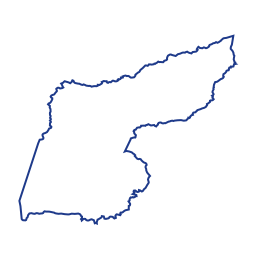 the district of Anastácio, Mato Grosso do Sul, Brazil, rotated 276°
{"feature_id": "56859067B42478140568783", "entity_name": "Anastácio", "entity_type": "district", "adm_level": 2, "iso_a3": "BRA", "parent_name": "Brazil", "parent_adm1": "Mato Grosso do Sul", "projection": "equal_earth", "projection_center": [-55.73, -20.736], "detail": "fine", "context": "isolated", "style": "outline", "palette": "blue", "viewbox_px": 256, "rotation_deg": 276, "n_neighbors": 0, "source": "geoboundaries", "source_scale": "gbopen_adm2", "svg_char_len": 5863}
<svg xmlns="http://www.w3.org/2000/svg" viewBox="0 0 256 256"><g transform="rotate(276 128 128)"><path d="M165.2,56.9L164.3,57.7L162.3,58.7L161.5,59.4L160.8,58.4L160.2,56.3L160.8,55.0L160.7,54.0L160.2,53.3L159.5,52.6L158.7,52.8L157.9,53.3L157.2,53.4L156.6,53.0L155.6,52.2L154.0,51.3L153.4,50.7L153.0,49.5L152.2,48.3L151.1,47.8L150.4,48.3L149.7,49.6L148.7,49.7L146.3,48.8L145.2,48.2L144.6,47.5L144.1,46.5L143.2,46.0L141.8,48.0L140.1,48.0L138.8,48.9L136.1,49.3L135.2,48.8L134.5,48.8L132.7,49.1L131.9,49.8L130.8,49.7L129.9,49.4L128.8,50.4L127.2,49.6L126.6,50.4L125.9,50.7L124.7,49.9L122.2,50.1L121.7,51.2L121.1,51.7L120.2,51.5L119.7,50.7L119.2,49.6L117.3,48.9L115.4,47.8L114.3,46.1L113.8,44.9L113.3,44.2L112.5,43.7L111.5,43.8L109.5,44.9L108.6,44.9L108.0,44.4L107.6,43.5L107.1,41.4L103.4,40.3L44.2,27.6L39.1,29.2L26.4,31.8L25.8,32.3L25.3,33.2L25.4,35.6L25.9,36.3L27.8,36.6L28.7,37.4L31.0,37.8L32.7,38.9L33.2,40.9L32.9,42.7L32.9,44.3L33.5,45.3L33.8,46.2L33.7,47.5L33.4,48.6L33.9,50.4L34.1,51.7L34.6,52.5L35.6,52.9L36.4,53.7L36.3,55.2L36.6,58.6L36.2,62.4L36.1,63.4L35.7,64.2L35.5,65.4L35.4,67.9L35.9,70.5L35.7,74.1L35.8,77.6L36.0,78.6L36.9,81.0L37.0,84.1L37.7,87.5L37.3,89.1L36.8,89.8L35.8,90.3L35.1,91.5L34.3,91.6L33.6,91.4L32.5,90.8L31.9,91.5L31.2,91.7L32.0,92.5L32.8,92.9L33.1,93.9L33.1,95.1L32.3,95.8L31.8,97.0L31.8,98.1L32.3,99.2L33.0,100.2L33.4,101.4L32.7,103.7L29.8,104.9L30.2,105.7L29.8,107.0L30.8,106.8L31.6,106.8L32.8,107.2L33.7,107.3L34.1,108.1L36.0,110.6L36.8,111.2L37.6,111.2L37.6,112.2L37.5,113.2L35.4,114.0L35.3,115.5L36.1,117.9L36.7,118.6L37.5,118.9L38.0,119.6L38.1,120.8L38.0,122.1L37.1,123.1L36.6,123.9L37.3,125.3L38.2,125.1L38.9,124.6L39.8,124.8L40.9,125.6L40.9,126.6L40.5,129.4L41.3,129.8L42.3,129.2L43.1,129.5L43.3,131.0L43.9,131.8L44.8,132.6L45.9,134.0L47.0,137.3L50.6,136.9L51.2,137.9L52.1,138.1L52.9,138.0L55.1,136.2L55.6,136.9L56.3,137.2L57.0,137.0L58.6,137.4L59.3,138.0L59.2,139.0L59.8,140.0L59.5,140.9L60.2,142.1L61.0,142.7L61.1,143.6L62.2,143.3L62.6,141.8L62.6,140.7L62.8,139.7L63.5,140.6L64.5,141.1L65.0,140.3L65.7,140.2L66.4,140.5L66.6,141.7L65.4,143.8L65.5,144.7L66.1,145.7L67.4,145.5L67.2,146.6L66.3,148.4L66.9,149.3L68.9,150.4L70.2,151.7L72.2,152.6L73.0,152.9L75.5,154.2L76.3,154.3L78.7,153.3L80.2,153.5L82.0,154.4L82.6,154.9L85.7,151.7L87.7,150.6L89.1,150.4L90.6,149.6L91.3,149.5L92.2,149.7L93.2,150.4L94.1,150.1L94.9,149.3L95.5,147.1L97.2,144.8L98.2,144.0L98.5,142.9L98.1,141.6L98.4,140.4L100.9,137.6L101.7,138.0L102.6,136.9L103.2,135.6L104.0,134.6L104.3,133.8L104.8,131.4L105.0,128.8L104.3,127.3L116.7,131.7L117.9,131.9L118.8,133.8L119.2,135.0L119.3,136.2L120.0,136.5L120.7,136.4L121.7,136.6L123.2,134.9L124.0,134.6L124.8,134.6L125.4,133.9L126.2,134.2L126.8,134.7L127.1,135.8L129.2,137.0L129.7,138.6L129.7,139.7L130.3,140.1L130.9,140.8L131.6,140.8L132.1,144.0L132.0,145.1L132.9,145.8L133.1,146.8L133.9,147.8L132.9,150.6L133.7,153.7L132.8,154.7L132.5,155.9L133.7,156.6L134.5,157.4L135.4,157.4L136.3,158.0L136.7,158.9L136.9,160.1L136.4,161.1L136.2,162.4L136.6,163.4L136.7,164.7L138.6,167.7L138.9,168.9L139.4,169.6L139.9,171.2L139.7,172.4L140.2,173.5L140.8,176.2L141.4,179.9L141.1,182.6L141.4,184.1L141.8,185.3L142.7,185.8L143.5,186.6L144.6,186.9L144.3,187.9L144.9,188.6L145.8,188.6L147.4,189.9L147.9,191.2L148.5,190.9L149.2,190.9L150.1,191.4L150.4,192.3L150.7,193.5L151.6,194.0L152.3,194.8L153.0,195.1L154.4,198.3L155.1,199.4L156.1,201.8L157.2,203.3L157.9,203.5L158.4,204.0L159.1,204.3L160.1,204.0L160.9,205.2L162.5,206.8L163.7,206.7L164.1,207.4L164.2,208.5L164.7,209.5L165.6,210.2L166.4,209.5L166.9,208.8L168.1,209.1L168.9,208.2L169.6,209.2L170.6,209.6L172.4,208.3L173.4,208.3L175.5,209.1L176.6,208.7L177.5,209.2L178.1,208.9L180.1,209.0L182.8,209.9L183.2,211.5L183.7,212.3L186.3,215.1L186.9,216.3L187.7,217.3L188.9,217.9L189.6,217.2L191.5,217.3L192.7,218.8L194.2,219.8L195.2,220.0L195.7,220.9L195.9,222.0L196.6,222.3L197.3,222.1L198.1,222.2L198.8,222.6L198.8,223.9L199.9,224.0L199.9,225.3L200.2,226.4L202.5,226.8L203.0,228.4L203.5,227.4L204.4,227.8L204.8,226.9L206.0,226.6L207.1,226.0L208.5,226.0L211.0,226.2L211.8,225.5L214.0,224.9L215.7,223.8L217.4,221.9L218.4,221.8L219.7,221.9L221.7,222.6L230.7,223.1L227.9,216.4L227.3,213.9L226.9,213.2L226.1,212.5L225.3,211.7L224.3,211.1L223.7,210.2L222.9,209.4L222.1,208.0L222.6,206.6L221.6,205.4L221.2,203.9L220.1,202.5L219.2,200.6L218.5,200.1L217.8,200.2L217.1,199.7L215.9,198.2L215.5,197.2L215.9,196.0L216.1,195.0L215.1,193.6L215.1,191.2L216.1,189.6L215.5,189.1L213.6,188.2L213.0,189.1L212.0,188.6L211.1,187.7L210.3,184.4L209.4,183.7L208.8,183.3L209.1,181.4L209.4,180.2L210.1,178.9L209.6,177.7L208.9,176.8L208.9,175.6L208.6,174.2L207.4,172.1L206.6,169.9L204.6,167.9L205.2,164.2L205.6,162.9L205.3,161.8L204.1,160.2L202.4,159.6L201.4,159.5L200.4,159.7L199.6,159.2L198.6,157.0L197.9,156.7L197.1,156.1L197.0,153.1L196.8,152.2L197.2,151.1L195.7,149.7L195.3,148.9L194.7,148.4L194.8,147.5L194.1,147.0L193.5,144.8L193.6,143.5L193.4,142.1L192.5,141.7L191.9,141.1L192.1,140.0L192.0,138.7L188.8,136.1L188.1,135.3L186.6,134.0L185.7,133.8L184.9,133.3L184.2,132.2L181.8,129.8L180.9,129.9L180.1,129.5L179.1,128.8L178.7,127.4L178.4,125.7L178.8,124.7L179.4,124.0L179.8,122.7L179.5,121.4L179.9,120.2L179.5,118.8L178.7,117.2L177.7,117.6L177.4,116.8L177.4,115.7L176.7,115.8L175.9,115.2L175.4,114.2L175.6,113.3L174.9,112.7L174.2,113.1L173.5,112.2L173.1,111.2L173.1,109.9L173.5,108.7L173.4,107.7L171.7,106.1L171.8,105.0L171.5,104.1L170.8,103.4L171.1,102.4L172.3,101.9L172.1,100.5L172.2,99.0L171.0,97.1L170.3,97.6L169.5,97.3L167.8,95.1L167.8,93.4L166.8,93.4L166.3,92.3L166.1,89.9L165.3,87.4L165.7,86.6L165.9,85.6L165.7,84.3L165.8,82.0L166.3,80.8L166.7,79.3L166.1,78.5L166.2,77.1L167.0,74.8L166.9,73.8L167.2,70.7L167.8,69.7L169.3,68.8L169.6,67.7L168.9,67.4L168.1,67.3L166.5,65.8L167.0,64.6L167.3,63.4L167.7,61.0L167.9,60.2L167.3,59.5L166.2,58.7L165.2,56.9Z" fill="none" stroke="#1e3a8a" stroke-width="2"/></g></svg>